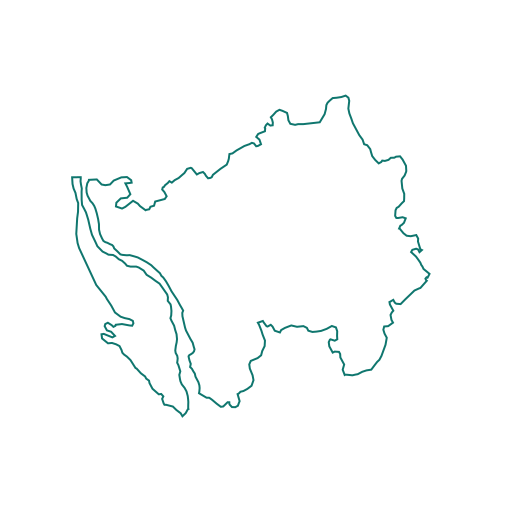 outline of Markz Bani Mazar, Al Minya, Egypt, rotated 153°
{"feature_id": "37247803B20583905741630", "entity_name": "Markz Bani Mazar", "entity_type": "district", "adm_level": 2, "iso_a3": "EGY", "parent_name": "Egypt", "parent_adm1": "Al Minya", "projection": "natural_earth1", "projection_center": [30.776, 28.515], "detail": "fine", "context": "isolated", "style": "outline", "palette": "teal", "viewbox_px": 512, "rotation_deg": 153, "n_neighbors": 0, "source": "geoboundaries", "source_scale": "gbopen_adm2", "svg_char_len": 6150}
<svg xmlns="http://www.w3.org/2000/svg" viewBox="0 0 512 512"><g transform="rotate(153 256 256)"><path d="M369.1,159.6L364.4,152.2L362.0,150.9L360.4,147.8L358.1,142.3L355.8,137.6L353.5,136.8L347.7,138.6L346.2,137.8L346.9,136.2L346.9,135.4L346.0,132.3L343.1,130.7L340.1,130.8L338.1,132.7L336.5,134.1L335.1,141.3L333.7,141.3L331.5,142.1L328.5,141.4L324.1,141.5L318.9,142.4L314.6,146.5L313.2,151.3L312.6,158.5L311.2,162.5L308.3,164.9L300.9,164.3L296.5,165.2L293.6,168.5L289.2,171.8L286.4,176.6L285.8,182.9L285.1,186.9L284.5,193.3L284.6,195.7L279.4,195.0L279.3,193.4L278.5,188.7L277.7,187.9L274.1,188.0L273.3,185.6L273.2,180.9L269.4,177.0L267.2,178.6L262.8,178.8L256.1,178.1L251.6,174.3L245.6,172.0L243.3,168.9L243.3,165.7L240.2,162.7L236.5,161.2L232.0,159.7L226.1,159.0L220.2,159.2L217.2,156.1L217.8,152.1L220.0,148.1L221.4,144.9L224.3,144.8L227.4,147.9L228.1,147.9L230.3,146.2L231.7,142.2L231.5,135.1L229.3,135.1L225.6,132.9L225.5,130.5L226.9,127.3L226.7,119.3L230.4,115.3L231.0,109.7L230.2,109.7L227.9,108.3L225.0,106.4L224.2,105.9L221.3,105.2L219.0,104.5L213.9,104.6L209.4,103.9L204.9,102.4L199.8,104.9L196.2,106.6L193.2,107.5L189.6,110.0L180.9,118.1L176.6,123.8L176.7,128.5L176.0,132.5L173.8,135.0L170.1,133.5L164.2,134.4L164.3,137.6L162.9,142.4L160.7,144.0L158.5,144.9L158.7,152.0L158.0,154.4L156.8,154.4L153.6,154.6L153.5,151.4L152.7,149.8L149.0,147.5L142.7,149.6L138.7,150.8L130.5,153.3L125.6,153.1L124.0,152.9L115.1,156.4L115.4,157.0L115.3,158.9L113.7,159.6L113.0,158.8L109.5,161.3L112.6,168.4L112.5,171.2L112.8,172.8L112.6,175.5L113.1,179.2L113.7,182.9L116.0,189.1L113.9,190.5L110.0,189.8L108.6,188.2L108.6,185.2L105.5,186.0L106.5,187.4L105.1,195.4L103.6,197.9L103.7,201.9L109.2,203.4L112.6,205.7L114.3,209.4L115.3,214.0L115.5,215.1L116.0,215.5L113.6,217.5L112.1,217.5L109.1,218.4L105.5,221.6L107.8,224.0L112.3,225.4L113.7,226.2L113.8,228.6L110.9,233.4L108.8,235.0L106.6,235.1L102.2,236.8L99.2,237.7L97.8,240.1L95.7,244.1L95.0,249.7L92.2,256.9L90.8,258.5L87.1,260.2L84.2,262.7L83.5,263.5L81.4,268.3L81.6,275.4L82.4,279.4L86.1,280.9L88.1,280.8L91.3,282.3L94.3,281.5L98.0,282.2L100.2,283.7L101.7,282.9L104.6,282.8L106.2,287.5L107.1,292.2L106.4,296.2L105.7,299.4L106.6,304.2L108.9,306.5L108.2,311.3L109.1,316.8L109.4,330.3L108.7,335.1L108.1,340.6L106.8,345.4L102.5,351.9L101.8,355.1L103.3,358.2L107.8,358.9L112.3,360.4L116.0,361.9L119.7,361.0L122.6,360.1L124.8,358.5L126.9,355.2L130.5,351.2L138.5,346.2L154.2,352.1L158.7,354.4L161.6,355.1L165.4,358.2L165.5,362.2L164.1,366.2L163.4,369.4L166.5,373.3L168.7,375.6L172.4,375.5L176.8,373.8L179.8,372.9L179.7,370.5L180.4,367.3L181.8,364.9L184.0,365.7L185.6,368.8L187.8,368.0L190.0,366.3L189.9,365.5L191.4,363.1L197.3,363.7L198.8,363.7L201.7,362.0L200.1,358.1L200.8,353.3L204.4,353.2L206.0,353.7L206.7,357.2L208.3,358.7L211.2,358.6L211.7,358.7L216.4,359.3L220.7,359.1L225.4,358.9L230.4,358.1L233.4,358.9L236.2,354.8L236.7,354.3L237.7,353.2L240.6,350.7L248.0,349.8L257.5,347.9L259.7,346.3L261.2,346.3L263.4,347.0L264.2,350.2L264.3,352.5L265.1,354.9L268.8,355.6L271.7,355.5L273.4,363.4L274.1,364.2L277.8,364.9L282.2,362.4L285.2,361.7L289.5,360.6L294.0,360.5L297.7,359.6L299.2,362.0L301.4,361.1L305.1,360.3L306.5,359.4L308.0,359.4L309.4,357.8L308.6,354.6L308.5,349.8L311.4,348.2L321.1,350.3L324.0,347.1L327.7,347.8L329.9,346.1L332.8,346.9L333.6,346.9L336.7,353.1L337.5,356.3L340.5,361.0L350.1,359.1L353.8,359.1L358.3,363.7L356.2,366.9L350.3,368.7L344.3,366.4L339.9,368.1L339.4,376.1L339.4,380.0L335.7,378.5L333.5,377.8L332.8,380.2L335.1,384.9L340.3,387.2L348.5,387.8L353.6,386.0L358.1,387.5L361.1,389.8L361.8,392.2L363.1,396.5L370.3,399.7L371.0,398.8L373.3,397.4L376.3,393.6L378.1,389.4L378.7,386.2L378.6,380.3L377.7,377.2L377.4,374.1L377.6,371.2L378.5,366.3L379.9,360.6L381.5,355.6L383.9,350.7L385.0,346.3L385.2,341.6L385.1,338.7L384.0,336.8L382.4,335.2L380.7,332.8L379.2,331.1L378.7,329.3L378.9,327.1L377.4,323.1L376.1,319.0L374.6,317.7L370.8,315.3L368.1,314.1L364.5,310.8L362.0,308.4L358.6,303.6L356.1,299.9L353.5,295.3L352.6,292.6L350.7,287.6L349.4,284.3L349.3,281.2L348.4,279.0L347.7,274.3L347.4,269.2L347.3,262.8L346.1,252.6L346.0,246.8L345.8,243.5L345.7,240.4L347.5,238.8L348.9,235.7L351.7,224.5L352.2,221.4L352.1,211.9L351.8,207.5L352.7,203.2L353.1,200.8L354.5,199.2L356.4,198.3L358.9,198.0L360.3,198.0L361.6,197.3L362.0,196.0L362.7,193.1L363.1,189.5L365.1,187.0L364.3,184.6L364.2,181.7L363.9,179.0L364.7,175.9L364.6,169.7L365.2,166.4L366.2,163.9L368.0,161.0L369.1,159.6ZM376.4,405.8L384.1,409.6L386.8,403.4L387.9,398.9L388.2,394.2L389.9,388.2L390.4,383.9L394.5,376.2L398.2,370.8L406.1,357.3L409.1,348.5L410.0,343.4L411.5,302.7L408.4,287.9L408.4,285.5L407.5,277.6L407.3,269.7L404.2,263.4L401.2,260.3L397.4,257.2L395.2,254.1L395.8,251.7L398.0,250.1L400.3,251.6L406.3,256.2L412.2,258.4L413.0,257.6L415.2,257.6L416.0,259.9L418.3,263.8L421.2,263.8L422.7,262.2L422.6,257.4L419.5,254.3L417.9,248.8L420.9,248.7L427.0,255.7L429.2,256.4L430.6,252.4L427.5,245.4L423.8,243.9L420.7,240.8L418.5,237.7L418.5,233.3L419.0,230.5L418.3,228.1L416.7,225.0L415.1,220.3L414.2,210.8L413.5,210.0L411.8,203.7L409.5,199.0L409.5,196.6L407.9,193.5L408.6,191.1L408.5,184.7L405.4,176.9L403.1,176.1L402.3,173.0L404.5,171.3L405.2,166.5L405.1,165.0L403.6,164.2L398.4,159.6L396.8,154.8L394.5,150.1L394.3,146.6L390.0,147.9L385.7,150.8L385.6,150.7L385.2,151.8L383.6,154.8L382.6,156.6L381.6,159.0L380.4,162.2L379.4,166.9L379.5,170.9L380.4,175.3L380.2,178.6L379.7,180.6L378.3,184.9L375.8,187.6L375.3,190.5L374.7,194.0L374.7,196.7L373.7,198.1L372.3,200.3L371.5,202.8L371.6,206.1L370.8,208.5L368.2,212.3L365.9,215.1L364.1,217.8L362.3,222.4L361.6,226.7L360.6,231.1L360.7,236.9L360.5,239.4L358.5,241.6L356.3,245.4L354.7,249.5L354.1,251.7L355.0,256.1L353.2,259.2L352.6,262.0L353.8,270.6L354.5,275.2L356.9,279.6L359.2,284.3L362.0,288.9L362.7,294.0L365.7,299.0L367.6,301.0L372.6,303.5L375.4,305.9L376.0,308.6L377.5,312.5L379.7,315.4L381.2,319.2L382.9,321.8L386.9,324.2L388.1,326.1L390.7,329.6L392.9,336.7L392.7,341.4L392.5,349.4L391.3,355.4L389.0,364.5L388.2,369.0L387.7,372.1L387.7,375.9L387.8,380.4L385.8,385.3L382.2,392.5L380.6,395.2L379.4,399.4L378.4,402.3L377.0,404.6L376.4,405.8Z" fill="none" stroke="#0f766e" stroke-width="2"/></g></svg>